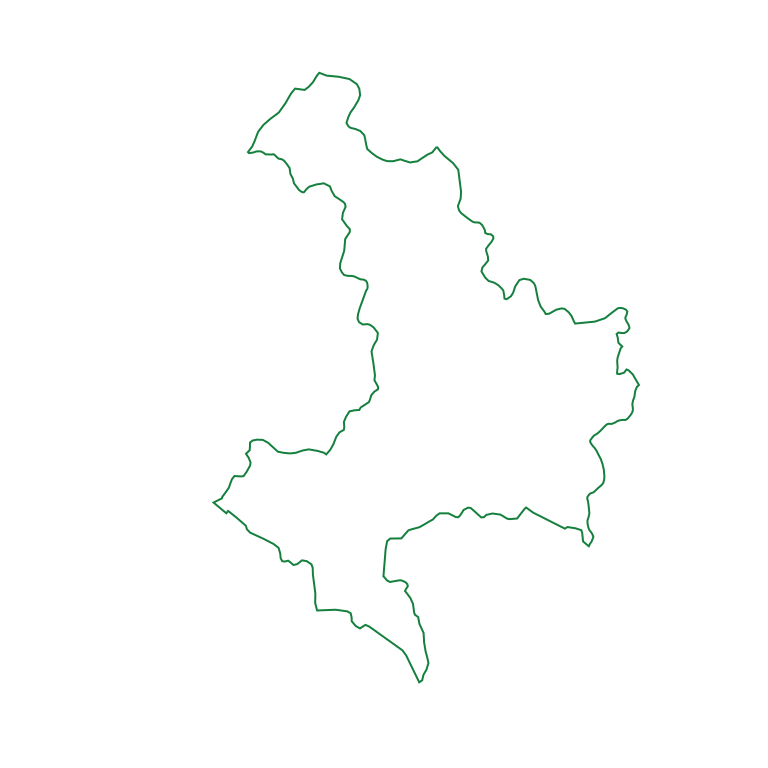 outline of Las Cañas, Cerro Largo, Uruguay, rotated 41°
{"feature_id": "84410073B95825273384383", "entity_name": "Las Cañas", "entity_type": "district", "adm_level": 2, "iso_a3": "URY", "parent_name": "Uruguay", "parent_adm1": "Cerro Largo", "projection": "mercator", "projection_center": [-53.783, -32.451], "detail": "fine", "context": "isolated", "style": "outline", "palette": "green", "viewbox_px": 768, "rotation_deg": 41, "n_neighbors": 0, "source": "geoboundaries", "source_scale": "gbopen_adm2", "svg_char_len": 5757}
<svg xmlns="http://www.w3.org/2000/svg" viewBox="0 0 768 768"><g transform="rotate(41 384 384)"><path d="M645.0,372.1L644.3,369.4L644.0,366.8L643.9,366.4L643.1,364.1L642.3,362.0L641.2,361.4L639.3,360.5L637.2,359.9L635.3,359.6L633.5,358.9L631.5,357.6L629.1,355.7L627.2,353.7L625.4,349.6L623.7,346.7L617.9,341.3L615.3,339.0L613.2,337.6L611.8,336.3L611.4,334.2L611.4,331.7L612.2,330.0L612.8,329.1L613.3,327.9L613.8,322.2L614.5,317.6L614.4,314.7L613.4,312.9L612.6,311.2L610.6,308.8L606.4,304.7L601.4,301.0L596.8,298.4L592.4,296.7L588.4,295.0L585.0,294.1L582.3,293.8L580.1,293.3L578.1,292.7L577.1,292.0L576.6,291.1L576.3,287.4L576.3,285.2L576.9,283.4L577.6,281.0L577.9,278.8L578.1,276.2L578.2,274.6L578.2,272.7L578.5,269.6L578.8,267.9L579.9,266.4L581.9,264.9L582.8,263.3L583.8,261.2L584.4,259.0L585.6,256.9L587.3,254.9L588.9,253.5L589.9,252.6L590.6,250.2L590.4,244.8L589.7,241.7L588.2,239.5L586.7,238.1L585.0,236.7L583.7,234.7L582.6,232.7L581.8,230.5L581.3,229.3L580.1,227.4L578.4,224.9L577.5,222.5L576.8,220.1L577.1,217.5L570.8,215.4L565.4,213.5L559.6,213.2L557.5,213.9L557.8,217.8L555.3,222.0L553.2,223.3L551.6,221.4L549.5,218.3L545.0,213.8L543.1,211.0L541.2,206.6L539.2,201.8L539.2,199.4L533.9,199.1L529.9,195.6L526.8,193.7L527.2,191.3L530.1,189.5L531.8,188.0L532.8,185.8L533.0,183.9L532.6,180.9L531.4,179.8L529.1,178.6L525.7,177.5L523.2,176.3L522.2,174.7L521.8,172.9L520.5,170.3L520.0,169.6L517.5,169.2L514.6,170.1L512.5,171.5L510.8,173.4L509.0,181.8L507.6,189.4L502.2,198.6L488.6,213.0L485.7,211.9L481.0,209.7L476.3,208.7L471.1,208.8L468.5,210.4L465.3,214.8L462.6,222.4L460.2,225.1L457.4,224.1L451.4,222.8L445.2,219.5L434.2,211.0L431.2,209.6L426.1,209.5L420.4,212.9L418.0,216.8L419.0,224.2L421.7,230.7L422.2,234.7L420.9,239.6L418.9,240.5L416.6,238.3L412.6,235.1L410.0,234.7L405.8,234.4L400.8,235.2L395.3,237.6L390.5,237.3L383.7,235.1L381.8,231.5L381.8,226.9L381.6,222.4L378.6,219.5L374.3,216.9L372.4,215.1L372.0,211.3L371.8,206.0L371.1,202.4L369.4,200.9L366.4,200.9L364.0,202.8L361.4,203.6L358.8,201.5L356.5,200.6L353.4,199.6L350.3,199.6L348.0,201.2L346.4,202.6L344.2,203.4L339.3,203.9L336.3,204.1L330.7,204.4L328.7,204.2L326.6,203.6L323.1,201.3L320.2,193.8L316.0,188.3L299.5,173.6L291.3,172.0L279.7,172.2L273.3,171.4L269.1,170.4L268.2,171.3L268.5,177.6L266.4,182.1L265.0,187.1L263.1,194.1L260.2,197.4L258.4,199.7L252.9,202.1L249.0,203.7L244.7,209.9L240.1,213.8L235.4,215.7L229.4,217.2L223.2,217.7L217.1,217.6L213.6,215.1L209.6,211.9L206.0,209.2L200.2,208.6L195.2,210.3L190.5,212.7L187.9,212.8L184.4,211.6L182.2,206.6L180.6,201.4L180.0,195.1L178.5,186.7L176.5,181.7L171.7,177.4L166.8,175.5L157.9,176.5L148.3,181.8L138.4,188.9L131.0,191.6L131.1,195.3L132.4,202.9L132.2,209.1L131.2,214.1L123.1,219.4L123.3,225.9L125.5,237.2L126.5,248.3L124.3,258.3L123.0,267.6L123.6,276.4L127.0,285.6L128.7,291.2L129.2,298.2L130.7,298.3L133.5,295.0L135.2,292.1L137.5,290.0L138.7,289.2L141.5,288.5L143.9,288.4L148.7,284.5L149.8,283.1L151.4,282.9L154.1,283.1L156.5,283.1L158.8,281.8L160.2,281.2L162.4,281.1L165.4,281.6L166.4,281.8L171.0,282.9L175.6,286.9L180.5,288.8L184.4,291.6L189.3,292.6L192.4,293.3L194.8,293.2L197.0,292.6L197.8,291.7L197.7,289.0L197.8,286.1L198.2,284.0L200.2,280.8L202.3,277.4L204.4,275.1L206.8,272.1L213.5,270.3L217.8,272.6L223.5,274.6L227.2,274.1L231.8,273.5L234.0,273.3L236.2,273.5L238.8,275.5L240.7,281.8L244.3,287.2L252.3,289.1L256.7,289.6L258.5,291.8L259.6,300.0L266.6,309.6L271.7,321.5L274.9,325.7L279.0,327.4L282.5,327.9L285.6,326.2L288.8,323.6L291.0,322.3L297.3,320.6L300.3,318.5L302.5,318.0L304.6,318.5L306.3,319.8L308.0,321.5L309.0,323.2L309.2,325.2L313.4,336.0L315.9,342.6L318.6,348.3L321.1,352.0L324.6,353.7L329.0,353.0L332.2,349.7L334.6,348.5L339.0,348.1L345.9,349.5L349.6,355.0L350.8,361.5L353.2,367.6L362.6,375.5L371.4,383.3L374.4,387.5L379.1,389.1L381.5,390.1L382.9,391.9L381.7,396.4L381.8,401.0L383.5,404.6L384.5,407.6L381.8,417.0L382.4,419.8L379.1,423.1L375.9,427.3L376.9,433.7L378.6,438.9L382.3,442.6L383.8,445.0L382.1,449.7L382.6,455.1L385.3,462.6L386.6,468.9L386.6,475.0L383.7,475.3L377.9,478.0L370.1,482.7L366.2,487.6L362.6,493.8L358.7,498.0L353.4,501.8L348.3,504.7L335.1,504.4L329.2,505.7L324.7,509.3L322.0,512.7L321.3,516.0L323.5,518.7L326.1,522.1L325.6,527.2L330.4,528.5L334.9,530.9L336.5,533.6L337.9,540.2L338.5,545.6L336.8,547.5L331.5,551.6L331.7,555.6L333.6,560.7L335.0,564.2L335.7,571.4L336.0,575.2L336.7,576.7L334.7,581.5L333.1,585.3L349.8,585.0L349.6,582.1L351.0,582.0L360.1,581.6L372.7,581.6L375.9,583.6L380.5,584.0L395.2,579.7L405.6,577.2L411.9,576.8L416.9,580.0L420.2,583.2L423.4,584.5L425.5,583.2L427.6,580.2L430.5,580.0L434.4,580.0L436.7,576.9L437.8,570.9L441.9,568.4L447.5,567.7L450.8,569.5L455.5,574.6L469.7,587.2L475.8,594.5L482.1,598.8L495.6,586.1L505.4,579.7L509.3,578.9L512.8,581.5L515.2,584.2L521.4,585.2L526.2,584.2L528.0,578.0L531.7,576.8L572.8,572.9L578.8,574.3L606.3,586.0L607.2,582.5L604.6,577.7L603.4,571.6L600.6,565.4L595.9,561.9L590.8,558.5L583.8,552.7L577.2,545.9L568.1,541.8L562.7,537.5L558.8,537.8L556.8,536.8L550.1,530.9L544.2,528.2L538.3,526.9L535.7,526.5L535.1,524.1L534.6,520.9L532.8,519.7L530.6,519.5L528.7,519.9L526.5,520.6L525.0,521.5L523.2,523.5L518.4,529.5L515.0,530.3L511.5,529.6L509.8,529.6L507.4,526.3L493.6,507.6L489.5,500.6L490.1,496.5L494.1,493.0L498.4,489.1L498.4,478.5L499.8,476.1L504.7,468.8L506.4,464.0L508.0,459.1L509.8,454.1L509.9,448.9L510.9,445.0L514.0,442.4L517.4,439.4L521.9,438.2L525.5,437.3L527.3,436.0L527.7,434.1L527.3,430.3L526.7,426.8L527.7,424.3L528.6,422.1L530.9,420.7L535.8,420.7L544.9,420.9L546.8,419.0L547.1,415.7L550.8,410.6L557.5,406.2L565.4,404.8L567.3,403.7L572.7,398.2L572.0,386.1L572.3,384.0L581.1,383.2L585.0,382.2L615.4,374.5L616.3,371.6L623.3,367.2L628.8,364.9L631.2,366.3L637.5,372.2L645.0,372.1Z" fill="none" stroke="#15803d" stroke-width="2"/></g></svg>